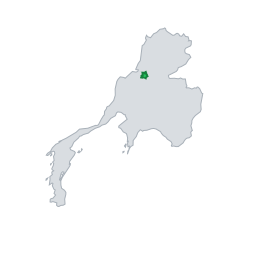 Mueang Kamphaeng Phet, Kamphaeng Phet, Thailand shown in context, rotated 44°
{"feature_id": "78962969B14076406619672", "entity_name": "Mueang Kamphaeng Phet", "entity_type": "district", "adm_level": 2, "iso_a3": "THA", "parent_name": "Thailand", "parent_adm1": "Kamphaeng Phet", "projection": "natural_earth1", "projection_center": [99.433, 16.42], "detail": "fine", "context": "in_parent", "style": "filled", "palette": "green", "viewbox_px": 256, "rotation_deg": 44, "n_neighbors": 0, "source": "geoboundaries", "source_scale": "gbopen_adm2", "svg_char_len": 5293}
<svg xmlns="http://www.w3.org/2000/svg" viewBox="0 0 256 256"><g transform="rotate(44 128 128)"><path d="M110.7,22.3L111.0,23.3L111.9,22.0L113.1,21.3L115.6,24.3L115.9,25.6L114.1,30.4L114.4,32.1L115.6,33.4L116.9,34.2L118.4,34.0L121.1,32.6L124.1,33.5L124.0,36.7L125.1,41.8L123.6,47.0L122.2,49.6L123.3,51.8L123.4,53.9L120.5,62.0L121.1,62.6L122.9,63.5L123.7,63.3L126.7,60.1L130.1,57.6L131.1,55.5L133.3,54.8L135.2,52.9L139.6,56.2L140.7,56.5L141.3,57.0L141.5,58.4L142.1,58.6L143.9,56.8L146.9,55.6L148.0,52.8L149.5,51.9L149.3,50.5L149.8,50.0L152.2,49.9L156.0,51.4L157.3,51.7L157.9,51.3L163.9,60.4L167.7,63.8L168.7,66.1L167.8,72.2L168.0,75.6L168.8,78.3L170.4,80.1L171.7,82.7L176.1,85.2L175.8,85.9L176.1,87.5L178.8,89.4L179.1,90.0L178.8,92.5L177.5,94.3L177.2,95.8L177.3,97.7L178.0,100.5L177.1,106.4L175.5,108.0L173.4,109.2L172.2,110.8L171.3,110.4L170.9,108.8L168.5,107.9L164.0,108.7L161.7,108.3L158.6,108.9L155.7,108.6L153.9,108.0L149.0,109.2L146.9,110.4L145.4,112.1L143.2,116.4L140.9,119.0L140.9,120.1L138.1,120.7L138.2,124.4L139.9,128.4L140.4,133.4L143.6,136.9L142.9,139.4L143.3,141.8L145.8,147.3L144.0,144.7L143.7,142.9L141.6,140.1L140.9,141.5L138.4,139.4L137.4,137.4L137.0,138.3L134.6,135.4L132.1,133.8L130.7,133.1L127.3,134.1L122.9,133.3L121.2,134.1L120.5,133.6L120.0,132.7L121.3,122.3L117.5,121.0L116.8,120.3L116.0,121.1L112.2,121.5L109.5,123.5L109.2,125.0L110.4,127.9L108.9,133.1L109.4,137.9L109.2,140.6L107.3,144.0L106.8,146.7L104.7,150.9L103.3,156.1L103.0,159.2L100.4,163.8L99.8,166.4L98.9,167.4L99.3,169.5L98.9,175.9L100.5,180.6L100.1,182.7L101.8,183.5L105.9,182.0L107.3,182.4L108.2,184.9L109.2,192.5L111.0,194.8L111.4,193.7L112.2,194.9L112.8,197.2L115.0,209.1L116.2,212.2L114.8,211.5L114.1,207.7L112.9,207.5L113.3,205.2L112.6,204.3L111.3,205.0L111.4,206.9L114.6,212.8L116.7,213.0L119.3,215.6L122.1,217.5L125.6,216.9L128.1,217.5L129.5,219.1L131.8,223.1L135.6,226.5L135.0,228.6L133.5,230.3L132.8,232.5L131.7,233.2L130.3,233.2L128.8,231.3L125.1,233.1L124.2,234.8L123.3,235.3L121.6,233.3L121.8,232.2L122.8,230.6L122.5,226.5L120.3,226.5L118.8,223.4L118.3,223.1L117.2,223.5L113.7,222.1L112.6,220.1L111.6,220.3L110.9,223.6L107.7,219.2L105.6,217.3L105.9,214.0L104.4,213.3L103.8,212.4L104.3,210.4L102.3,210.7L101.4,210.1L100.2,206.6L99.2,205.1L97.8,205.1L97.4,204.4L97.5,202.7L94.2,200.2L93.2,197.3L91.6,196.1L90.6,196.4L89.7,198.5L88.9,198.3L88.2,197.8L87.4,194.9L87.4,189.9L88.5,187.0L89.1,182.4L90.6,178.4L93.7,167.0L93.9,162.5L99.3,156.0L102.8,148.7L104.0,147.6L104.5,146.2L102.7,140.3L101.8,136.2L101.9,135.1L99.6,132.3L99.1,129.1L98.4,128.1L98.2,127.1L99.1,125.2L98.6,118.2L96.1,113.3L91.6,108.8L87.6,102.2L87.0,99.9L86.9,96.6L90.1,94.4L91.4,94.2L91.9,84.3L94.7,82.4L95.3,81.6L95.6,79.9L94.9,79.0L93.1,80.6L92.7,80.2L90.5,74.4L90.0,70.9L81.0,58.9L81.4,56.9L80.1,51.8L78.8,51.7L77.9,50.8L76.9,48.4L78.7,48.7L81.5,47.4L81.0,42.4L82.2,39.5L82.4,34.8L84.6,31.9L84.9,30.5L86.0,30.4L87.6,31.4L89.2,31.4L95.9,30.2L96.8,28.9L97.2,26.3L97.9,25.5L99.4,25.2L101.1,25.8L102.9,24.7L102.6,21.6L105.8,22.2L107.9,20.7L110.7,22.3ZM89.8,199.8L89.4,203.5L88.1,204.3L87.7,202.1L88.4,198.6L88.8,199.4L89.8,199.8ZM110.2,178.1L110.0,179.9L108.9,180.5L108.6,178.4L110.2,178.1ZM138.1,141.0L139.5,143.6L137.9,143.4L137.6,140.9L138.1,141.0ZM105.2,222.5L104.5,221.4L105.0,219.7L105.6,221.8L105.2,222.5ZM91.9,200.2L91.6,202.3L91.0,199.5L91.9,200.2ZM110.3,176.5L109.7,176.2L109.1,175.1L109.9,175.1L110.3,176.5ZM97.4,206.3L98.2,208.7L97.3,207.6L97.4,206.3ZM141.7,147.8L141.5,149.3L140.8,148.7L141.3,147.5L141.7,147.8ZM88.3,185.4L87.5,186.0L88.2,184.5L88.3,185.4Z" fill="#d9dde1" stroke="#a8b0b8" stroke-width="1"/><path d="M106.5,80.0L106.4,79.8L106.3,79.7L106.2,79.7L106.0,79.4L105.9,79.3L105.8,79.2L105.7,79.2L105.7,78.8L105.7,78.7L106.0,78.5L106.1,78.0L106.2,77.3L105.9,77.4L105.8,77.5L105.7,77.4L105.7,77.5L105.6,77.4L105.5,77.5L105.4,77.4L105.4,77.1L105.5,77.0L105.4,77.0L105.3,76.9L105.3,77.0L105.2,77.0L104.9,77.1L104.7,77.0L104.4,76.9L104.2,76.7L103.9,76.5L103.8,76.4L103.7,76.5L103.6,76.4L103.5,76.2L103.4,76.0L103.4,75.9L103.2,75.7L102.9,75.6L102.7,75.6L102.4,75.5L102.2,75.5L102.0,75.4L102.0,75.5L102.0,75.4L102.0,75.2L101.9,75.1L101.7,75.0L101.6,75.3L101.6,75.5L101.5,75.8L101.9,75.7L102.0,75.7L102.2,75.8L102.3,75.9L102.3,76.0L102.4,76.3L102.5,76.4L102.5,76.5L102.7,76.8L102.8,76.8L102.7,76.9L102.6,77.0L102.4,77.0L102.0,77.2L101.9,77.2L101.7,77.3L101.6,77.5L101.5,77.4L101.4,77.4L101.2,77.4L100.9,77.4L100.7,77.4L100.7,77.5L100.5,77.8L100.4,77.8L100.4,77.7L100.2,77.7L100.1,77.8L99.9,77.9L99.8,78.0L100.0,78.0L100.2,78.3L100.3,78.4L100.4,78.5L100.4,78.4L100.4,78.5L100.5,78.5L100.6,78.8L100.7,79.0L100.8,79.3L101.1,79.4L101.1,79.5L101.3,79.6L101.5,79.7L101.5,79.8L101.8,79.9L101.8,80.0L102.0,80.0L102.1,79.9L102.1,80.0L102.1,79.9L102.1,80.0L102.0,80.3L101.7,80.8L101.4,80.8L101.2,81.1L101.3,81.2L101.4,81.3L101.5,81.4L101.6,81.6L101.8,81.6L102.0,81.7L102.2,81.8L102.2,82.0L102.3,82.3L102.2,82.4L102.2,82.5L102.2,82.8L102.3,82.9L102.5,82.8L102.6,82.7L102.8,82.6L103.0,82.7L102.9,82.6L103.0,82.5L102.9,82.5L102.9,82.4L102.9,82.5L102.9,82.4L102.8,82.2L102.9,81.9L102.9,81.7L103.0,81.6L103.0,81.4L103.3,81.2L103.5,81.2L103.6,80.9L103.8,80.9L103.9,80.7L104.1,80.7L104.3,80.7L104.5,80.7L104.8,80.7L105.0,80.6L105.3,80.4L105.8,80.0L106.0,80.0L106.5,80.0Z" fill="#22c55e" stroke="#15803d" stroke-width="1.5"/></g></svg>